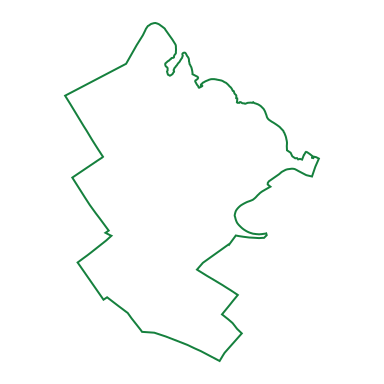 Comuna 13, Ciudad de Buenos Aires, Argentina
{"feature_id": "61730980B46645672865610", "entity_name": "Comuna 13", "entity_type": "district", "adm_level": 2, "iso_a3": "ARG", "parent_name": "Argentina", "parent_adm1": "Ciudad de Buenos Aires", "projection": "mercator", "projection_center": [-58.447, -34.555], "detail": "fine", "context": "isolated", "style": "outline", "palette": "green", "viewbox_px": 384, "rotation_deg": 0, "n_neighbors": 0, "source": "geoboundaries", "source_scale": "gbopen_adm2", "svg_char_len": 5868}
<svg xmlns="http://www.w3.org/2000/svg" viewBox="0 0 384 384"><path d="M65.1,95.7L69.9,103.4L83.8,126.3L86.6,130.7L92.0,139.7L94.4,143.5L98.4,149.8L99.8,151.9L100.7,153.3L101.2,154.1L102.8,156.5L103.0,156.8L102.1,157.6L97.5,160.6L76.6,174.7L72.3,177.6L80.7,190.8L85.0,197.6L89.8,205.0L95.8,213.3L99.4,218.0L108.7,230.6L105.5,232.8L109.3,234.8L111.4,235.8L106.2,240.5L105.7,240.9L90.9,252.6L87.4,255.3L82.2,259.1L77.6,262.5L80.5,266.6L92.1,283.3L103.5,299.7L107.1,297.3L113.6,302.3L118.7,306.2L126.8,312.3L127.6,312.8L131.6,318.4L140.6,329.8L142.1,331.9L142.7,331.9L154.3,332.7L165.8,336.5L187.4,344.9L194.3,348.2L196.3,349.1L200.8,351.1L219.6,361.0L222.9,355.5L224.6,352.8L241.8,333.4L237.1,328.9L232.6,323.1L228.1,319.2L222.0,314.4L229.6,305.1L233.1,300.7L237.8,295.0L230.6,290.2L226.9,287.9L223.6,285.8L222.7,285.2L208.6,276.8L206.9,275.8L199.0,270.9L197.0,269.6L202.9,262.8L211.7,256.5L223.6,248.0L228.6,244.4L229.0,244.8L231.8,241.0L234.9,236.8L235.8,235.5L238.9,236.1L243.6,236.8L249.2,237.5L254.6,237.8L259.0,238.1L262.0,237.9L264.0,237.9L266.3,235.6L266.7,235.2L266.2,233.4L265.9,233.5L265.4,233.6L264.7,233.7L264.1,233.8L263.6,233.9L263.2,233.9L262.7,234.0L262.4,234.0L262.0,234.1L261.4,234.1L261.0,234.2L260.5,234.2L260.0,234.2L259.6,234.3L259.3,234.3L258.9,234.3L258.4,234.3L258.1,234.2L257.8,234.2L257.3,234.2L256.7,234.1L256.1,234.1L255.7,234.0L255.2,234.0L254.8,233.9L253.0,233.7L251.4,233.2L250.1,232.8L249.0,232.4L247.9,231.9L246.7,231.3L245.2,230.4L244.1,229.7L243.0,228.9L242.0,228.1L240.6,226.8L239.9,226.1L239.1,225.3L238.3,224.4L237.3,223.1L236.8,222.2L236.4,221.3L235.9,220.0L235.5,218.7L235.3,217.8L235.1,217.0L234.9,216.5L234.7,215.7L234.7,215.3L234.9,214.2L235.3,212.6L235.7,211.3L236.3,210.2L237.0,209.2L238.1,207.9L239.3,206.7L240.7,205.5L242.3,204.5L243.7,203.7L245.6,202.7L247.3,201.9L249.6,201.1L251.4,200.4L252.8,199.8L253.7,199.1L254.6,198.4L255.7,197.4L256.8,196.2L257.7,195.2L258.5,194.5L259.9,193.1L261.2,192.1L262.5,191.2L263.8,190.5L264.4,190.1L265.1,189.7L270.4,186.7L267.7,184.5L267.8,182.9L268.9,181.3L279.1,174.2L281.5,172.1L282.3,171.6L285.7,169.8L287.3,169.3L291.8,168.7L293.5,168.8L294.8,169.1L296.6,170.0L298.0,170.8L305.8,174.9L306.5,175.2L312.0,176.5L315.3,166.8L318.9,158.6L316.2,157.2L314.0,156.7L313.3,158.1L312.8,158.0L312.0,157.8L312.0,157.4L312.2,156.9L312.3,156.3L312.3,156.0L311.9,155.7L309.6,153.9L307.1,152.2L306.3,152.1L306.0,151.9L305.6,152.2L305.4,152.6L304.4,154.3L304.2,154.8L303.9,154.9L302.1,159.6L300.0,158.9L298.1,159.4L297.0,158.1L295.2,158.3L292.3,156.3L290.6,152.7L287.0,150.3L286.8,146.1L286.9,144.8L287.0,142.8L286.9,141.8L286.7,140.6L286.5,139.7L286.3,139.0L286.2,138.2L285.7,136.3L284.9,134.3L284.4,133.0L283.7,131.9L283.3,130.8L282.7,130.2L280.9,128.3L279.7,127.0L278.9,126.4L277.4,125.3L275.8,124.2L273.5,122.7L271.9,121.8L271.0,121.2L270.0,120.5L269.0,119.8L267.9,118.7L267.4,117.9L267.0,117.2L266.8,116.6L266.6,115.8L266.2,114.6L265.8,113.6L265.4,112.5L265.0,111.4L264.4,110.3L263.8,109.2L263.3,108.6L260.8,106.1L259.3,105.1L258.1,104.4L256.8,103.9L255.7,103.5L254.6,103.2L254.1,103.0L253.5,102.5L253.2,102.2L252.8,102.4L252.5,102.8L252.1,102.8L250.8,102.6L249.4,102.7L247.8,102.8L246.4,103.3L245.5,103.7L244.5,103.6L244.1,103.3L243.7,103.3L242.8,103.3L241.9,103.0L241.0,102.3L240.6,102.1L240.1,102.1L239.7,102.2L239.6,102.5L239.4,102.8L237.5,102.8L237.2,102.6L236.9,102.3L237.0,101.8L237.2,99.9L237.3,99.2L237.2,98.4L236.6,98.3L236.2,98.2L236.2,97.5L236.3,96.9L236.3,96.4L236.3,95.6L235.9,94.9L235.2,94.3L234.8,93.9L234.4,93.3L234.0,91.9L233.8,91.2L233.4,90.9L232.8,90.9L232.5,90.3L232.1,89.4L231.6,88.5L231.0,87.7L230.5,87.1L229.8,86.6L228.4,85.0L227.6,84.2L226.7,83.4L226.0,82.8L224.2,82.0L223.7,81.6L222.4,80.9L221.4,80.5L220.8,80.4L219.5,80.1L218.8,80.0L217.9,79.8L216.7,79.6L215.8,79.3L215.1,79.3L214.1,79.1L213.3,79.1L212.2,79.1L211.1,79.2L210.2,79.4L209.6,79.6L208.9,79.8L208.1,80.2L207.1,80.6L205.9,81.1L205.4,81.3L204.9,81.6L204.1,82.1L203.0,82.6L202.3,83.3L201.8,83.8L201.0,84.5L200.9,84.8L200.9,85.5L201.6,85.6L202.1,85.6L202.3,85.9L202.1,86.2L201.3,86.7L200.6,87.0L200.0,87.3L199.4,87.7L198.9,87.7L198.7,87.5L198.5,87.0L198.4,86.7L198.3,86.4L198.0,85.9L197.7,85.6L197.3,85.1L196.9,84.6L196.6,84.0L196.3,83.5L195.9,82.7L195.6,82.3L195.4,81.8L195.2,81.3L195.4,80.5L195.7,80.3L196.4,79.9L197.1,79.3L197.7,78.8L198.1,78.0L198.1,77.7L197.8,77.2L197.6,76.8L197.2,76.6L192.5,74.2L192.5,73.2L192.4,72.1L192.2,70.8L191.7,68.6L191.3,67.2L190.6,66.0L190.2,65.0L189.6,64.2L189.3,62.2L189.0,61.4L189.0,60.5L188.9,59.5L188.7,58.4L188.4,57.9L188.0,57.1L187.1,56.0L186.8,55.4L186.0,53.8L185.4,53.0L184.9,52.7L183.9,52.7L183.0,53.1L182.5,53.6L182.4,54.2L182.4,54.7L182.6,55.2L182.8,55.8L182.5,56.4L182.2,57.3L182.0,58.0L181.3,58.8L181.1,59.3L180.3,60.4L179.7,61.6L179.2,62.2L178.2,63.2L177.3,64.5L176.7,65.5L176.2,65.9L175.8,66.4L175.3,67.3L174.7,67.7L174.2,68.7L173.9,69.6L173.6,70.1L173.8,70.7L174.1,71.2L174.0,71.9L173.5,72.3L173.0,73.2L172.4,74.2L171.9,74.5L170.9,75.2L169.9,75.7L167.9,74.6L167.8,74.2L167.6,73.4L167.4,73.0L167.2,72.1L167.0,71.6L167.2,71.1L167.6,70.5L167.6,69.7L167.6,68.3L167.4,67.7L167.1,67.4L166.6,66.9L166.4,66.8L165.9,66.4L165.5,65.7L165.3,65.0L165.2,64.1L165.4,63.4L165.9,63.0L166.2,62.7L166.8,62.2L167.2,61.8L167.7,61.3L168.3,61.0L168.7,60.7L169.3,60.4L169.6,59.9L170.0,59.5L170.9,59.0L171.2,58.4L171.8,58.0L172.5,57.9L173.2,57.8L173.7,57.6L174.0,57.2L174.0,56.7L174.1,55.9L174.3,55.5L174.6,54.9L175.4,54.0L175.9,53.1L175.9,51.9L175.9,51.2L176.0,50.1L176.0,49.0L175.9,47.7L175.9,46.3L175.8,45.6L175.7,45.1L175.4,44.4L172.4,39.6L165.3,29.6L164.9,28.8L164.3,28.2L163.5,27.6L161.8,26.3L160.5,25.4L159.5,24.6L158.8,24.2L157.5,23.6L156.1,23.2L155.5,23.0L154.1,23.1L153.3,23.3L152.3,23.6L151.2,23.9L150.4,24.4L149.2,25.3L148.3,25.8L147.8,26.1L145.9,28.9L145.2,30.5L142.9,35.2L136.7,45.1L126.1,63.8L125.7,64.0L65.1,95.7Z" fill="none" stroke="#15803d" stroke-width="2"/></svg>